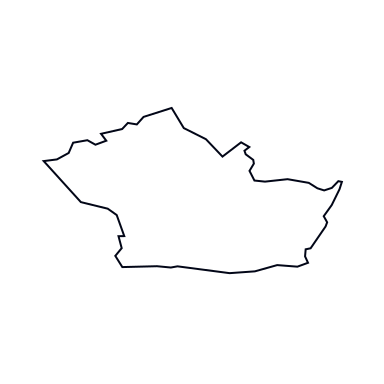 outline of Gloucester, Virginia, United States of America, rotated 309°
{"feature_id": "52423323B10302998803932", "entity_name": "Gloucester", "entity_type": "district", "adm_level": 2, "iso_a3": "USA", "parent_name": "United States of America", "parent_adm1": "Virginia", "projection": "equal_earth", "projection_center": [-76.514, 37.422], "detail": "fine", "context": "isolated", "style": "outline", "palette": "ink", "viewbox_px": 384, "rotation_deg": 309, "n_neighbors": 0, "source": "geoboundaries", "source_scale": "gbopen_adm2", "svg_char_len": 837}
<svg xmlns="http://www.w3.org/2000/svg" viewBox="0 0 384 384"><g transform="rotate(309 192 192)"><path d="M89.8,185.1L112.3,211.5L120.0,223.1L125.1,227.5L152.6,272.3L169.9,290.8L188.8,304.2L200.3,320.9L210.0,326.7L213.1,320.4L219.0,316.4L222.9,319.6L249.3,317.5L253.5,316.1L256.1,309.6L269.8,308.8L287.0,304.9L294.2,302.1L292.5,298.9L283.2,298.1L276.4,293.7L273.8,287.1L272.6,277.0L262.1,258.2L246.0,242.2L240.2,233.3L244.6,223.4L253.0,222.2L255.5,219.4L255.1,210.0L257.1,206.8L263.0,208.2L261.5,198.9L238.7,193.4L241.8,169.6L236.5,145.4L244.5,123.3L219.9,107.1L209.8,106.6L205.3,98.7L197.0,98.1L180.0,84.7L177.9,93.1L168.0,87.2L166.4,78.1L155.5,68.6L144.7,71.6L132.3,66.5L122.7,57.3L114.2,112.0L126.0,137.0L126.7,148.0L115.1,167.1L111.4,162.7L104.1,172.7L94.1,172.6L89.8,185.1Z" fill="none" stroke="#020617" stroke-width="2"/></g></svg>